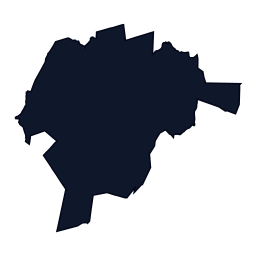 outline of Santo Domingo Zanatepec, Oaxaca, Mexico
{"feature_id": "50627088B83008537786296", "entity_name": "Santo Domingo Zanatepec", "entity_type": "district", "adm_level": 2, "iso_a3": "MEX", "parent_name": "Mexico", "parent_adm1": "Oaxaca", "projection": "orthographic", "projection_center": [-94.338, 16.44], "detail": "fine", "context": "isolated", "style": "filled", "palette": "ink", "viewbox_px": 256, "rotation_deg": 0, "n_neighbors": 0, "source": "geoboundaries", "source_scale": "gbopen_adm2", "svg_char_len": 5350}
<svg xmlns="http://www.w3.org/2000/svg" viewBox="0 0 256 256"><path d="M239.1,104.5L239.4,94.8L239.6,88.0L239.5,84.8L240.6,83.7L205.7,83.1L205.5,82.5L204.8,80.4L203.8,77.2L202.9,72.0L202.8,71.8L202.8,71.7L202.4,71.5L197.7,68.1L197.8,59.0L197.3,55.9L197.0,54.8L195.2,56.6L195.0,56.8L194.3,57.1L193.8,57.6L193.1,57.8L192.5,57.8L192.3,57.7L191.0,57.8L190.0,57.7L189.7,57.5L189.4,57.0L188.9,56.5L188.7,54.6L188.6,53.4L188.5,53.0L188.4,52.4L188.2,52.3L187.5,52.3L185.8,52.7L184.7,52.7L183.4,52.6L182.2,52.3L181.4,51.9L181.0,52.0L180.8,52.2L180.7,52.4L180.5,52.7L180.3,52.8L179.8,52.8L179.4,52.5L178.9,52.1L178.4,51.8L178.3,51.4L177.9,50.9L177.2,50.8L175.8,50.4L175.5,50.1L175.4,49.7L175.0,49.1L174.6,48.8L174.1,48.3L173.6,48.1L173.0,48.1L172.9,47.3L172.2,46.8L170.9,44.1L170.3,43.4L169.4,42.4L168.4,42.1L168.2,42.2L167.9,42.4L167.8,42.6L167.8,43.0L167.6,43.4L167.2,43.7L166.6,43.2L166.4,42.7L166.2,42.4L165.9,42.2L165.6,42.1L165.4,42.3L165.0,42.7L164.4,42.8L164.0,42.7L163.7,42.8L163.3,43.0L162.8,43.5L162.7,44.1L162.5,44.5L162.3,45.1L162.4,45.9L162.2,46.8L162.1,47.3L161.8,47.7L161.2,48.6L160.5,49.2L159.8,49.7L158.7,50.3L157.7,50.8L157.1,50.8L156.3,50.9L155.8,51.2L155.4,51.4L155.1,51.9L154.8,52.2L154.5,52.7L154.2,53.0L153.8,53.3L153.3,53.7L152.9,53.8L152.8,54.0L152.5,54.2L153.4,32.0L137.3,36.9L125.5,40.6L123.5,24.7L122.1,24.9L112.5,27.8L110.7,28.1L96.6,32.1L96.3,38.3L96.1,38.4L95.7,38.4L95.4,38.4L94.9,38.3L94.7,38.3L94.4,38.3L94.2,38.3L93.9,38.2L93.7,37.9L93.5,37.7L93.2,37.5L93.1,37.3L93.0,37.2L92.8,37.1L92.6,37.1L92.2,37.3L91.7,37.4L91.3,37.4L91.2,37.7L90.4,38.7L90.5,39.3L90.5,40.1L90.2,40.7L90.1,41.0L89.3,41.8L89.0,42.2L88.7,42.6L88.3,43.0L88.0,43.3L87.7,43.6L87.4,43.9L86.8,44.5L86.2,45.0L85.7,45.4L85.3,45.9L85.3,46.1L85.2,46.5L85.3,46.7L85.2,47.4L84.8,46.6L84.6,46.4L84.4,46.2L84.1,46.1L83.8,46.1L83.5,45.9L83.1,45.8L82.8,45.6L82.4,45.3L82.1,45.2L81.8,45.1L81.1,44.8L80.8,44.6L80.4,44.4L80.1,44.2L79.8,43.9L79.4,43.6L79.3,43.3L79.1,42.7L79.0,42.3L78.7,41.6L78.5,41.2L78.4,41.1L78.1,41.2L78.0,41.3L77.6,41.4L76.7,41.3L76.3,41.1L76.0,41.0L75.8,40.8L75.6,40.4L75.1,40.2L74.7,40.2L74.4,40.3L74.1,40.3L73.7,40.4L73.4,40.4L73.1,40.4L72.8,40.5L72.1,40.2L71.2,39.6L70.7,39.3L70.0,38.8L69.5,38.6L69.0,38.3L67.8,38.1L55.6,41.8L54.1,44.6L50.0,51.3L47.9,53.8L47.7,55.1L45.8,58.6L45.3,62.1L42.7,67.0L37.4,76.5L35.4,80.1L33.7,84.3L32.3,88.1L32.1,88.6L31.2,91.4L30.3,91.6L29.5,91.5L29.1,91.5L28.4,91.2L27.8,91.0L27.3,91.8L26.4,92.2L26.3,93.7L26.5,94.4L26.3,95.4L26.2,96.7L26.2,97.4L26.3,98.4L26.3,98.8L26.2,99.6L26.1,100.2L25.9,101.3L25.9,102.0L26.0,102.6L26.1,103.9L26.2,104.0L26.2,104.5L26.1,104.9L26.0,105.2L25.8,105.4L25.7,105.6L25.4,105.8L25.2,106.1L25.1,106.4L25.0,106.5L24.8,106.9L24.1,108.2L24.1,108.3L23.9,108.8L23.0,110.3L21.9,112.1L21.7,112.7L20.7,114.2L20.0,114.7L20.0,114.8L19.6,114.9L19.3,115.2L18.2,116.1L17.2,116.7L16.4,116.6L15.4,117.6L15.4,117.8L15.7,118.6L19.6,118.9L18.8,122.4L19.2,122.4L19.9,124.4L20.4,124.7L20.9,125.2L21.4,125.6L23.0,126.6L23.1,127.0L24.0,129.7L24.2,130.6L24.5,131.4L25.8,135.2L25.9,136.2L25.9,136.5L25.8,137.3L25.7,137.7L26.5,137.8L26.2,139.1L26.0,139.7L25.6,141.5L27.1,142.6L29.2,144.2L29.4,143.4L29.6,142.3L29.6,142.1L29.9,140.1L30.1,138.9L30.2,138.1L30.4,135.7L32.2,135.1L32.4,135.0L34.2,134.4L34.4,134.3L36.5,133.6L39.3,132.6L39.9,132.4L40.9,132.0L43.0,131.3L43.6,131.1L44.8,130.6L46.3,131.9L47.0,132.5L51.8,136.6L52.0,136.8L57.0,141.0L53.7,144.3L52.4,146.0L51.1,147.3L50.2,148.5L46.3,152.4L43.5,155.4L44.1,156.3L44.6,157.0L45.3,158.0L45.8,158.8L49.5,164.3L51.5,167.3L51.9,168.0L52.2,168.6L53.3,170.2L53.6,170.6L55.0,172.7L55.6,173.6L56.9,175.5L58.0,177.3L59.7,179.8L60.4,181.0L63.4,185.5L63.5,185.5L65.9,189.2L64.3,196.8L58.4,224.8L57.8,227.6L56.9,231.3L77.6,225.8L82.2,222.9L85.2,222.6L87.6,222.9L87.7,223.1L89.5,221.1L91.2,207.8L91.3,207.5L91.4,206.5L91.5,206.3L91.5,206.1L91.6,205.4L91.6,205.2L91.8,203.8L91.9,203.3L92.0,202.9L92.0,202.6L92.3,200.4L92.3,200.2L92.4,199.5L92.5,199.2L92.5,198.9L92.7,197.8L92.9,196.2L93.1,195.2L93.3,195.1L103.2,193.2L107.0,192.5L109.5,193.2L110.0,193.4L111.2,193.8L114.4,194.8L115.1,195.0L115.7,195.1L118.0,195.7L119.5,196.1L121.0,196.6L124.9,197.7L126.9,197.7L134.7,187.8L134.1,192.6L141.4,184.7L142.4,184.5L150.5,167.5L149.4,154.0L154.5,145.8L154.8,142.8L155.2,140.6L157.1,137.4L157.3,137.1L158.1,135.7L158.9,134.6L159.0,134.3L159.7,133.1L165.5,129.7L169.2,133.5L169.4,134.0L169.8,134.1L170.3,134.2L170.7,134.5L171.2,134.9L171.5,135.2L171.8,135.5L172.1,135.9L173.4,137.4L173.5,136.5L173.5,136.2L173.6,135.7L173.6,135.0L173.9,134.8L174.3,134.5L174.8,134.3L175.5,134.2L176.4,134.2L177.3,134.1L177.7,134.1L178.5,134.3L179.3,134.5L180.1,134.5L181.0,133.9L181.7,133.3L182.0,132.9L182.4,132.6L182.8,132.2L183.5,131.8L184.2,131.3L184.7,130.7L185.3,130.0L185.7,129.7L186.5,129.1L187.2,128.6L187.9,128.4L188.7,128.1L189.7,127.7L190.4,126.8L190.9,126.3L191.3,125.9L191.8,125.3L192.4,124.7L193.0,125.1L193.7,125.5L194.2,125.6L194.5,125.3L194.6,124.8L194.6,124.0L194.3,122.8L194.2,122.0L194.3,121.3L194.3,120.8L194.6,120.0L194.6,118.9L194.6,117.6L194.5,116.7L194.3,115.5L194.3,113.6L194.3,111.7L194.7,110.8L195.3,109.8L195.8,109.0L196.1,108.3L196.4,107.6L196.5,107.1L196.7,105.2L196.6,104.4L197.1,102.9L197.0,102.0L197.1,101.3L197.1,100.6L197.1,100.3L197.2,99.1L219.0,106.8L225.3,111.0L227.2,110.7L235.5,113.8L239.1,104.5Z" fill="#0f172a" stroke="#020617" stroke-width="1.5"/></svg>